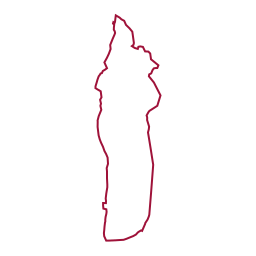 Maiha, Adamawa, Nigeria
{"feature_id": "59680162B24409102010221", "entity_name": "Maiha", "entity_type": "district", "adm_level": 2, "iso_a3": "NGA", "parent_name": "Nigeria", "parent_adm1": "Adamawa", "projection": "natural_earth1", "projection_center": [13.146, 9.868], "detail": "fine", "context": "isolated", "style": "outline", "palette": "rose", "viewbox_px": 256, "rotation_deg": 0, "n_neighbors": 0, "source": "geoboundaries", "source_scale": "gbopen_adm2", "svg_char_len": 1841}
<svg xmlns="http://www.w3.org/2000/svg" viewBox="0 0 256 256"><path d="M115.8,15.4L115.3,19.3L115.0,21.9L114.6,22.9L113.4,22.1L113.0,23.5L114.2,24.8L113.9,27.4L113.8,29.7L114.7,31.2L115.1,33.0L114.4,34.9L113.6,36.7L112.6,39.0L110.2,45.0L110.6,49.0L110.4,49.6L108.8,53.9L106.9,57.9L104.4,62.4L107.0,68.2L105.0,69.7L102.8,71.0L101.9,73.1L100.6,73.5L99.7,75.0L98.7,76.3L97.4,79.9L97.0,81.4L96.5,83.1L96.3,83.7L95.5,86.4L95.5,88.2L100.7,91.3L101.5,97.3L100.1,99.8L101.0,103.6L100.4,105.8L101.3,109.8L98.7,116.2L98.2,118.2L97.6,120.5L97.7,121.8L97.6,126.9L98.6,135.2L98.8,136.0L99.8,139.5L101.1,142.8L103.0,146.8L104.5,151.1L106.1,154.0L107.6,157.6L108.0,163.8L106.7,168.1L107.0,171.4L107.0,178.2L107.3,184.4L107.3,187.1L107.3,187.3L106.3,193.4L105.7,198.5L106.0,201.0L105.9,203.1L103.1,203.0L103.1,205.5L103.4,208.6L106.3,209.3L106.6,211.8L106.3,214.0L105.6,216.9L105.3,219.4L105.3,220.5L105.3,221.6L105.0,222.5L104.5,226.8L104.3,229.5L103.9,233.1L104.2,236.2L106.2,240.6L108.8,240.6L115.6,240.3L117.0,240.2L121.9,239.9L123.6,239.8L126.5,238.8L129.9,237.4L133.4,236.0L134.4,235.4L135.9,234.6L137.6,232.7L138.4,232.0L141.1,230.4L142.1,230.9L145.1,224.0L145.3,223.0L147.6,219.5L148.8,216.5L149.3,214.7L151.1,192.4L151.5,187.2L153.2,164.8L150.8,149.5L148.9,137.8L148.0,132.4L148.8,129.3L149.1,126.6L147.1,120.0L147.2,117.8L147.0,116.7L146.6,115.5L147.4,114.0L148.0,113.0L148.2,112.5L149.4,110.9L155.0,107.3L157.3,105.8L160.5,95.4L153.9,82.5L148.9,76.3L149.2,74.4L151.2,73.4L152.5,70.2L153.8,68.4L155.1,68.1L157.3,68.0L157.8,66.8L158.4,65.3L151.0,59.3L150.9,58.4L150.2,53.5L148.4,51.6L145.1,51.4L142.9,46.9L140.2,46.4L138.4,46.8L137.8,48.9L134.8,48.0L131.9,46.1L132.8,45.4L133.5,44.8L133.9,43.0L132.7,34.4L132.3,31.7L129.5,28.3L126.0,24.9L124.2,20.8L121.4,19.3L119.7,17.7L118.6,17.0L115.8,15.4Z" fill="none" stroke="#9f1239" stroke-width="2"/></svg>